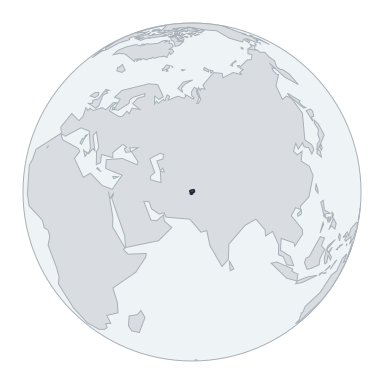 the Earth from above Bamyan
{"feature_id": "AFG-1743", "entity_name": "Bamyan", "entity_type": "Province", "adm_level": 1, "iso_a3": "AFG", "parent_name": "Afghanistan", "parent_adm1": "", "projection": "orthographic", "projection_center": [67.218, 34.704], "detail": "fine", "context": "on_globe", "style": "filled", "palette": "slate", "viewbox_px": 384, "rotation_deg": 0, "n_neighbors": 0, "source": "natural_earth", "source_scale": "10m", "svg_char_len": 11675}
<svg xmlns="http://www.w3.org/2000/svg" viewBox="0 0 384 384"><circle cx="192" cy="192" r="169" fill="#eef3f6" stroke="#a8b0b8"/><path d="M221.4,25.6L224.4,26.7L238.4,32.0L246.4,34.4L241.8,33.7L259.6,39.2L269.5,44.6L256.0,38.2L252.9,37.5L258.5,40.7L256.5,40.6L258.0,42.3L255.2,42.1L247.5,38.9L245.5,38.9L249.6,41.2L249.2,42.9L243.5,39.4L242.4,42.0L229.4,38.2L216.5,30.7L206.9,30.1L187.6,26.9L187.1,27.7L179.4,27.7L175.9,28.8L173.3,28.3L172.8,29.7L175.8,30.0L176.6,30.8L174.9,31.6L171.2,30.9L171.6,30.4L169.6,30.7L168.5,30.1L168.1,30.9L163.9,30.3L165.4,32.2L159.8,32.8L157.8,32.1L161.5,30.5L165.9,26.3L164.9,25.8L159.9,26.4L143.0,30.7L140.5,31.2L134.6,33.1L134.3,33.3L138.8,32.0L136.9,33.3L142.7,32.0L142.8,32.5L147.3,32.2L142.9,34.2L136.0,36.5L132.0,37.0L128.9,38.2L129.7,39.6L119.2,42.8L107.2,49.4L104.9,50.3L106.0,48.0L113.7,42.8L115.0,41.6L126.0,36.4L137.4,32.1L149.1,28.6L160.9,25.9L173.0,24.1L185.1,23.2L197.2,23.1L209.4,23.9L221.4,25.6ZM114.8,41.7L110.4,44.5L104.7,47.4L102.2,49.0L100.3,50.4L100.9,50.3L98.2,51.9L101.3,49.5L104.2,47.7L103.2,48.3L106.5,46.3L114.8,41.7ZM226.7,26.6L226.8,26.7L224.2,26.1L224.3,26.2L226.7,26.6ZM252.7,36.4L249.4,34.9L253.3,36.4L252.7,36.4ZM258.8,42.6L260.3,43.1L260.5,43.8L258.8,42.6ZM149.5,31.2L148.4,31.7L148.1,31.5L149.5,31.2ZM152.5,30.7L152.9,30.2L154.4,29.9L154.1,30.2L152.5,30.7ZM256.2,44.3L255.9,45.5L254.9,43.7L256.2,44.3ZM151.6,31.6L156.9,29.4L159.5,29.0L160.6,30.1L151.6,31.6ZM254.9,45.8L254.5,49.1L257.9,50.4L247.9,49.0L251.6,46.4L249.8,43.9L252.7,45.5L254.9,45.8ZM177.6,29.7L174.2,29.4L178.6,29.0L177.6,29.7ZM180.2,29.3L192.6,27.5L196.6,28.6L191.6,28.9L198.2,30.0L194.0,31.4L189.5,31.0L187.7,30.0L187.5,31.4L180.2,29.3ZM242.5,47.9L241.2,48.4L241.1,47.3L242.5,47.9ZM177.3,31.1L179.4,30.5L183.1,31.3L179.5,32.7L179.4,32.0L177.3,31.1ZM201.9,29.8L204.0,30.8L201.2,32.2L201.6,32.8L194.3,31.5L201.9,29.8ZM177.7,32.2L177.5,33.4L174.2,33.8L175.4,31.7L177.7,32.2ZM185.5,31.1L187.1,31.6L185.1,31.7L185.5,31.1ZM162.3,36.5L164.8,35.5L166.9,35.8L162.3,36.5ZM177.7,33.9L178.8,33.7L179.9,33.8L179.1,34.7L177.7,33.9ZM192.8,32.7L191.3,33.1L195.7,33.2L193.8,34.5L189.3,33.5L190.4,34.4L189.8,34.8L186.8,33.6L192.8,32.7ZM181.6,36.0L175.2,35.5L170.1,37.2L168.1,36.9L176.6,34.3L181.6,36.0ZM184.9,34.7L182.4,35.4L181.2,34.5L182.1,33.5L184.9,34.7ZM194.2,35.8L198.2,34.1L199.1,34.4L194.2,35.8ZM180.4,36.6L182.0,36.8L180.2,36.8L180.4,36.6ZM190.2,36.2L191.5,35.5L192.5,35.8L190.2,36.2ZM184.0,37.7L182.0,37.5L182.5,36.7L184.0,37.7ZM187.1,37.1L188.0,37.8L184.0,36.6L187.5,36.7L187.1,37.1ZM190.9,36.6L191.9,36.6L190.2,36.9L190.9,36.6ZM183.1,41.0L177.8,39.6L179.1,37.8L184.0,39.3L183.1,41.0ZM27.4,193.8L29.3,165.0L32.5,159.4L36.0,149.3L60.8,133.5L62.7,139.7L78.5,148.6L79.8,151.5L74.4,158.4L83.3,177.4L90.4,173.1L102.1,185.5L112.2,189.4L122.1,175.2L105.6,168.5L106.3,159.7L122.3,158.5L137.2,164.8L138.0,161.6L131.5,151.7L138.0,147.6L129.7,147.9L130.8,151.8L125.6,152.3L124.3,148.8L126.6,147.3L123.0,144.3L112.8,152.6L112.8,157.6L101.5,154.5L100.5,162.7L96.3,164.6L96.5,151.6L98.8,147.9L96.5,131.9L93.0,135.3L94.9,150.9L93.0,148.6L88.3,154.1L90.4,148.2L89.2,131.0L81.0,127.8L65.2,136.2L61.5,133.8L60.8,127.1L71.8,113.5L78.9,120.7L82.9,116.6L86.0,107.5L87.9,110.7L90.0,108.1L93.1,110.6L102.0,107.6L105.8,109.7L113.6,102.5L116.7,102.8L111.2,106.8L109.4,111.0L119.5,116.8L122.7,116.1L126.9,111.2L129.2,113.7L132.0,108.2L139.9,109.5L132.7,103.6L137.5,98.3L144.6,96.2L144.9,93.6L133.3,97.2L129.8,99.7L129.0,103.4L118.4,110.2L114.0,109.6L120.1,99.1L114.6,97.3L121.8,90.5L148.7,83.8L157.7,84.6L163.4,96.8L158.9,99.4L154.5,96.1L154.5,104.0L156.4,101.0L158.3,103.3L163.4,99.4L164.9,100.9L167.1,94.9L169.6,96.3L168.2,100.1L177.8,96.2L184.1,98.3L185.5,96.7L185.2,94.5L193.4,99.0L194.1,97.7L191.7,95.7L191.5,91.9L194.3,87.2L197.0,89.0L196.3,90.9L199.0,98.0L196.8,103.3L198.2,103.6L200.7,99.5L197.5,90.8L198.5,87.4L200.7,91.2L199.9,89.6L201.3,88.5L205.1,89.3L202.9,85.1L213.7,72.6L222.2,73.4L222.9,77.8L233.3,72.5L242.0,74.7L239.7,72.7L243.2,69.4L240.5,68.6L239.7,67.4L247.4,59.8L251.2,59.8L252.0,55.1L250.8,54.2L248.0,53.9L247.9,49.0L257.9,50.4L260.0,52.3L264.8,52.3L268.9,56.8L274.6,60.9L276.3,66.5L280.6,69.7L282.0,69.3L288.9,73.7L298.3,84.5L284.6,77.0L269.3,63.1L275.0,68.7L271.9,68.0L272.8,70.4L277.0,74.5L278.6,74.6L276.0,85.7L282.4,99.5L286.4,96.1L291.5,98.3L302.4,113.2L304.8,139.8L311.7,144.7L313.9,149.3L311.8,154.1L308.6,147.5L304.1,147.0L302.6,142.7L298.2,149.0L295.8,143.2L293.5,151.3L297.3,154.9L302.1,151.2L301.1,161.1L309.3,166.3L313.1,175.6L309.0,196.8L300.4,206.2L300.5,209.4L295.6,207.7L291.3,215.7L302.2,229.2L302.7,233.9L294.7,246.2L294.1,242.9L281.2,238.4L280.4,250.2L290.2,256.3L293.7,265.7L286.8,264.8L283.1,256.6L278.5,254.8L278.6,244.8L272.7,231.3L265.6,236.0L265.1,229.9L255.9,219.2L245.1,225.3L228.9,244.1L228.4,259.4L222.0,266.5L209.9,245.6L206.8,230.6L201.0,232.2L189.8,219.2L166.0,217.1L164.0,212.7L159.3,214.1L151.6,208.9L149.0,201.7L143.8,201.3L151.0,220.2L156.8,220.7L163.5,214.9L164.3,221.2L171.8,227.5L158.6,240.7L125.6,247.5L124.7,235.7L111.7,198.2L113.4,194.8L113.4,194.4L113.4,193.6L109.8,198.8L108.4,191.4L112.8,216.9L112.6,226.8L125.1,248.1L123.4,249.5L128.1,254.2L146.2,253.5L145.7,257.2L135.8,272.2L112.9,288.0L117.3,302.3L118.0,312.8L106.7,315.4L110.8,323.4L105.5,323.6L107.2,327.4L104.6,329.4L99.2,329.4L86.7,322.4L83.5,318.6L73.5,308.0L58.5,283.9L59.0,276.8L56.9,268.6L48.1,245.1L49.8,236.3L48.1,230.2L44.2,227.7L42.5,220.4L40.4,218.0L29.1,206.0L27.4,193.8ZM48.5,145.5L46.9,148.3L48.5,145.5ZM150.6,179.8L161.0,182.6L160.4,171.6L164.4,171.9L162.8,168.2L160.3,170.8L156.9,160.9L162.9,159.0L163.7,154.4L160.2,153.3L149.8,158.6L154.7,172.5L150.5,176.1L150.6,179.8ZM104.5,47.6L104.1,47.9L101.8,49.4L102.2,49.1L104.5,47.6ZM96.1,55.1L91.9,57.7L95.1,55.4L94.7,55.2L101.1,50.5L104.1,50.5L101.6,51.2L96.1,55.1ZM110.4,44.7L106.1,47.3L110.7,44.5L110.4,44.7ZM98.8,92.5L98.4,95.3L95.0,97.5L90.2,96.0L95.0,92.6L98.8,92.5ZM98.5,98.8L105.9,89.4L109.2,90.3L106.1,91.3L107.6,92.9L103.0,95.0L98.9,105.6L95.6,108.3L88.5,103.4L92.6,103.3L92.8,100.4L98.5,98.8ZM119.0,67.5L122.3,64.4L125.2,70.2L121.8,72.4L116.8,70.8L117.8,67.2L119.0,67.5ZM152.5,34.5L153.5,33.7L154.6,33.7L154.5,34.5L152.5,34.5ZM163.3,36.0L148.9,38.3L149.4,37.4L140.5,40.4L138.2,39.4L144.1,37.4L135.7,39.0L140.1,36.8L134.2,38.3L147.6,34.0L151.2,32.4L148.0,34.5L149.9,35.5L151.9,35.4L160.1,34.2L168.9,31.7L172.2,32.6L172.2,34.0L170.6,34.7L169.0,33.8L168.0,35.4L164.4,34.7L163.3,36.0ZM170.6,54.6L169.4,52.3L166.9,57.4L163.2,55.9L163.1,56.6L159.1,56.8L154.1,58.3L152.9,57.3L151.5,58.4L148.7,58.6L146.3,59.8L143.5,58.6L140.3,60.0L140.7,58.6L136.1,61.5L138.3,58.9L135.0,59.3L134.6,61.6L124.9,53.9L119.2,53.5L113.2,54.7L117.7,50.5L126.3,46.9L136.0,44.6L140.8,46.0L142.0,44.1L144.7,44.3L142.7,45.7L147.4,43.6L149.1,44.2L157.7,43.4L163.6,40.6L166.9,40.4L165.4,41.9L169.7,40.7L169.2,43.4L171.6,43.4L173.4,46.3L169.2,49.4L172.2,49.2L173.7,51.7L170.6,54.6ZM183.4,41.8L179.2,45.4L175.2,46.5L173.7,41.1L171.6,40.7L170.5,37.7L176.4,36.3L176.1,37.2L177.3,37.8L175.0,38.0L177.7,38.3L177.5,39.7L179.5,40.4L177.6,41.3L183.4,41.8ZM83.6,150.0L85.1,151.5L87.8,152.9L85.0,156.6L83.6,150.0ZM82.5,138.3L84.2,138.8L81.5,144.3L80.0,142.9L82.5,138.3ZM87.4,134.7L84.5,138.4L85.2,135.6L87.4,134.7ZM112.9,107.1L115.0,107.6L114.3,108.9L112.1,110.2L112.9,107.1ZM162.4,70.8L162.3,69.0L163.5,68.7L166.6,64.8L169.6,65.8L168.8,68.5L162.4,70.8ZM118.0,176.8L113.7,178.7L112.8,176.6L114.4,176.4L118.0,176.8ZM97.5,167.6L101.1,171.7L96.7,168.5L97.5,167.6ZM166.2,71.3L167.1,69.5L168.0,71.1L166.2,71.3ZM171.9,66.4L173.3,67.9L170.3,65.5L171.9,66.4ZM195.3,359.8L197.8,360.1L194.9,360.2L195.3,359.8ZM145.0,317.4L139.3,332.5L131.7,330.8L128.4,325.6L129.2,316.0L137.4,314.7L140.9,310.4L145.0,317.4ZM322.8,273.8L325.9,272.3L325.7,273.0L322.8,273.8ZM319.8,273.8L323.4,271.7L318.9,275.5L319.8,273.8ZM324.8,270.9L328.5,267.3L330.2,265.2L329.7,266.7L324.8,270.9ZM317.2,275.3L302.0,282.6L295.6,283.7L297.4,280.8L307.7,276.9L317.2,275.3ZM296.9,280.9L286.8,278.3L271.2,263.2L276.8,262.0L292.8,269.0L291.8,271.3L297.9,274.2L296.9,280.9ZM320.1,258.3L319.1,264.8L310.9,268.5L307.1,269.4L304.5,262.8L306.0,258.1L309.2,256.7L320.3,236.7L324.5,237.9L321.4,245.8L324.7,249.3L320.1,258.3ZM229.3,260.7L233.8,268.9L230.2,270.7L229.3,260.7ZM323.7,224.2L320.0,233.0L323.1,222.3L323.7,224.2ZM324.9,214.8L325.7,217.8L323.4,215.8L324.9,214.8ZM301.4,214.0L298.0,216.3L297.4,214.0L301.4,209.8L301.4,214.0ZM316.0,183.4L318.0,190.4L318.0,193.1L315.5,189.7L316.0,183.4ZM192.7,80.0L185.1,84.0L181.5,88.1L182.6,92.2L177.8,88.5L183.3,82.0L192.7,80.0ZM210.9,73.2L209.9,70.1L212.4,70.6L213.0,71.4L210.9,73.2ZM208.7,71.9L203.5,69.8L204.4,67.5L208.3,69.6L208.7,71.9ZM184.6,69.9L182.2,70.9L181.5,69.5L184.6,69.9ZM321.9,300.0L321.6,300.4L299.2,321.6L295.5,323.5L299.2,319.9L301.4,313.0L302.8,312.3L305.3,306.3L320.1,292.5L331.6,274.9L336.7,270.9L342.4,258.5L346.7,253.9L343.6,262.3L345.9,261.1L352.6,241.7L350.4,250.9L344.8,264.0L338.2,276.7L330.6,288.7L321.9,300.0ZM330.2,269.3L334.9,261.8L336.9,259.7L330.2,269.3ZM356.8,229.3L356.1,231.7L355.5,231.0L353.4,238.4L349.5,244.2L350.9,240.0L350.8,236.7L345.7,241.3L344.7,239.8L346.8,235.7L342.9,237.5L347.2,231.8L348.6,235.8L350.9,228.7L354.1,225.1L356.5,222.3L357.7,222.6L357.1,225.3L357.1,227.9L356.8,229.3ZM346.5,244.4L347.2,243.6L346.4,246.0L346.5,244.4ZM358.1,220.7L359.7,211.6L359.9,210.6L358.7,218.9L358.1,220.7ZM359.7,209.6L360.1,208.2L360.0,209.7L359.9,210.9L359.7,209.6ZM337.8,247.9L337.5,249.7L336.3,249.5L337.8,247.9ZM339.5,245.6L343.0,244.0L339.1,247.2L339.5,245.6ZM326.9,249.4L328.2,252.3L332.3,247.1L329.1,252.7L331.5,257.0L330.4,260.0L328.1,255.2L326.7,262.7L324.8,263.8L324.2,258.5L326.2,250.0L328.1,245.8L335.3,239.5L326.9,249.4ZM339.6,241.0L338.6,237.4L339.3,233.7L340.4,235.2L339.6,241.0ZM334.9,229.0L331.4,225.8L328.8,229.8L333.5,218.4L336.2,223.3L334.9,229.0ZM331.1,219.1L328.7,222.7L330.8,216.5L331.1,219.1ZM327.8,221.4L326.9,217.8L329.1,216.9L327.8,221.4ZM332.4,218.3L331.9,211.6L333.5,214.6L332.4,218.3ZM324.4,210.0L330.1,213.2L323.7,214.4L320.8,202.2L323.3,200.3L324.4,210.0ZM321.7,150.1L319.6,147.0L321.1,144.6L322.1,147.4L321.7,150.1ZM324.2,135.0L320.8,143.0L317.8,149.9L320.0,150.4L321.5,157.2L316.9,153.3L317.2,144.1L319.9,140.0L317.9,134.6L318.4,129.2L314.5,123.4L314.0,119.9L318.3,124.0L324.2,135.0ZM312.7,121.2L306.2,110.6L310.2,109.0L312.5,111.0L313.8,116.4L311.6,116.9L312.7,121.2ZM305.7,107.6L303.5,108.1L289.3,96.0L287.3,93.2L300.2,100.9L298.9,101.9L301.7,105.3L305.7,107.6ZM242.9,49.2L241.4,48.5L243.1,48.6L242.9,49.2ZM238.2,67.1L237.3,65.6L239.4,65.6L238.2,67.1ZM236.2,61.4L234.4,62.5L235.2,60.6L236.2,61.4ZM230.6,65.1L233.2,62.5L232.3,66.1L230.6,65.1Z" fill="#d9dde1" stroke="#a8b0b8" stroke-width="1"/><path d="M192.5,193.7L192.4,193.7L192.4,193.8L192.3,194.0L192.2,194.0L191.9,194.1L191.7,194.2L191.6,194.3L191.4,194.2L190.9,194.1L190.7,194.1L190.3,193.9L190.3,193.7L190.3,193.4L190.4,193.2L190.2,193.1L190.2,192.9L190.4,192.8L190.5,192.8L190.8,192.6L190.8,192.4L190.9,192.2L190.7,192.1L190.6,191.9L190.4,191.7L190.1,191.4L189.9,191.4L189.9,191.2L189.9,190.9L189.9,190.7L190.0,190.6L190.4,190.6L190.5,190.6L190.9,190.2L191.0,190.1L191.3,190.1L191.5,190.1L191.8,190.0L192.0,189.9L192.3,189.8L192.7,189.8L192.9,189.7L193.2,189.8L193.3,189.8L193.5,189.8L193.8,189.8L194.1,189.8L194.1,190.0L194.1,190.3L194.0,190.5L193.9,190.6L193.9,190.8L193.9,191.0L194.0,191.0L194.3,191.1L194.5,191.2L194.5,191.3L194.5,191.5L194.3,191.9L194.2,191.9L194.2,192.0L193.9,192.1L193.8,192.3L193.7,192.3L193.2,192.2L192.9,192.2L192.7,192.1L192.4,192.2L192.2,192.2L192.2,192.3L192.3,192.4L192.3,192.5L192.2,192.6L192.1,192.8L192.3,192.9L192.5,192.9L192.5,193.0L192.4,193.0L192.5,193.1L192.8,193.2L192.8,193.3L192.7,193.3L192.5,193.5L192.5,193.7Z" fill="#64748b" stroke="#1e293b" stroke-width="1.5"/></svg>